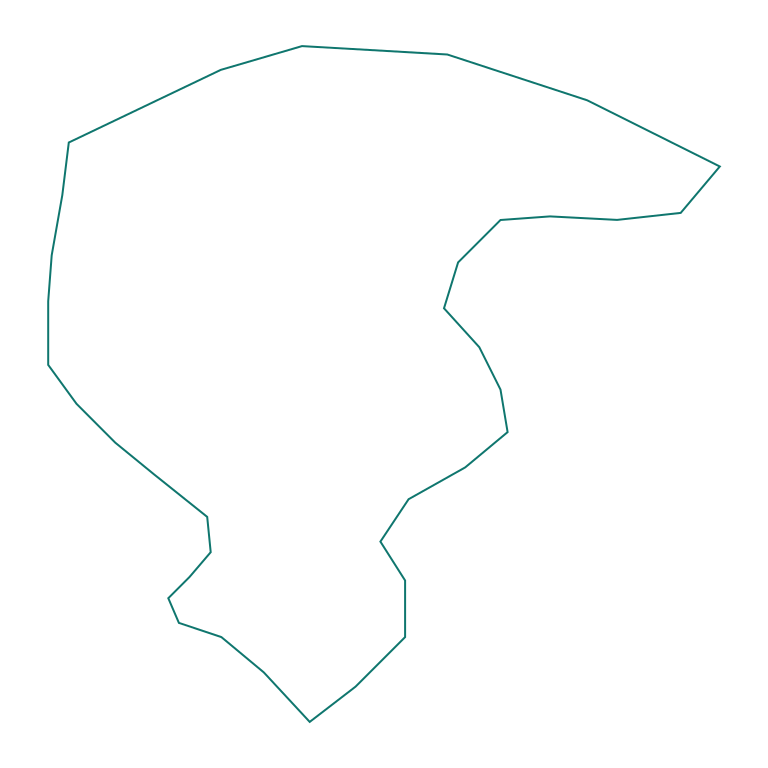 an SVG outline of North West
{"feature_id": "SGP-4873", "entity_name": "North West", "entity_type": "state/province", "adm_level": 1, "iso_a3": "SGP", "parent_name": "Singapore", "parent_adm1": "", "projection": "albers", "projection_center": [103.808, 1.387], "detail": "fine", "context": "isolated", "style": "outline", "palette": "teal", "viewbox_px": 768, "rotation_deg": 0, "n_neighbors": 0, "source": "natural_earth", "source_scale": "10m", "svg_char_len": 561}
<svg xmlns="http://www.w3.org/2000/svg" viewBox="0 0 768 768"><path d="M68.8,142.5L220.7,69.9L302.0,46.1L447.3,54.5L587.2,100.3L719.8,166.5L680.7,212.9L617.1,219.9L550.0,216.4L500.5,220.0L458.1,262.4L444.0,308.3L479.3,347.2L500.5,389.6L507.6,432.1L465.2,467.4L408.6,499.2L380.4,541.6L405.1,580.5L405.1,637.1L355.6,686.6L309.7,721.9L263.8,672.4L221.4,637.1L178.9,622.9L168.3,598.2L189.5,577.0L210.7,552.2L207.2,516.9L154.2,474.5L115.3,442.7L76.5,403.8L48.2,364.9L48.2,301.3L51.7,255.3L62.3,195.2L68.8,142.5Z" fill="none" stroke="#0f766e" stroke-width="2"/></svg>